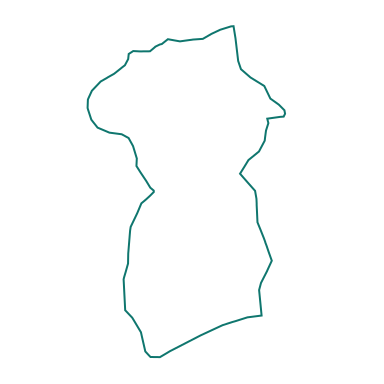 the district of Al Mansuriyah, Al Hudaydah, Yemen, rotated 266°
{"feature_id": "15242507B31078710685035", "entity_name": "Al Mansuriyah", "entity_type": "district", "adm_level": 2, "iso_a3": "YEM", "parent_name": "Yemen", "parent_adm1": "Al Hudaydah", "projection": "robinson", "projection_center": [43.383, 14.685], "detail": "fine", "context": "isolated", "style": "outline", "palette": "teal", "viewbox_px": 384, "rotation_deg": 266, "n_neighbors": 0, "source": "geoboundaries", "source_scale": "gbopen_adm2", "svg_char_len": 1848}
<svg xmlns="http://www.w3.org/2000/svg" viewBox="0 0 384 384"><g transform="rotate(266 192 192)"><path d="M63.9,252.8L75.2,252.5L89.5,252.1L96.5,254.5L108.1,261.5L108.4,261.6L117.5,266.6L117.9,266.8L127.2,264.2L133.3,262.6L136.6,261.6L137.0,261.6L140.8,260.5L149.6,257.7L157.2,255.2L169.8,255.5L174.7,255.6L175.9,255.7L179.7,255.8L180.1,255.8L181.0,255.8L188.8,255.0L188.9,254.9L197.5,248.3L202.9,244.2L206.9,241.2L212.7,245.4L213.1,245.7L220.0,250.6L220.1,250.8L227.7,261.6L228.0,261.8L238.1,268.1L240.1,268.5L240.3,268.5L248.1,270.1L255.4,273.0L258.1,272.5L259.9,272.2L260.8,285.1L260.8,288.7L263.6,290.3L267.1,289.9L273.1,284.7L279.7,276.7L292.7,271.5L302.2,258.3L311.1,249.4L319.5,247.2L342.3,246.1L354.5,245.0L354.5,242.5L351.9,231.5L348.4,222.5L344.0,213.5L344.0,203.5L343.9,202.6L343.7,199.2L343.5,196.2L343.1,190.5L344.5,184.9L346.1,178.6L341.7,172.2L341.4,170.2L339.5,165.5L339.3,165.4L335.3,159.9L335.9,149.8L336.7,143.2L334.1,138.5L329.0,137.6L328.4,137.2L323.1,133.9L321.2,131.0L320.2,129.6L319.3,128.3L315.4,122.6L312.2,115.9L311.9,115.4L311.6,114.8L308.6,108.6L300.0,99.2L293.6,95.7L291.5,94.6L283.1,93.7L281.2,94.1L271.2,96.6L268.8,98.2L262.8,102.3L259.4,109.0L257.0,113.7L256.9,114.1L254.5,125.9L250.4,132.3L250.3,132.5L244.7,135.1L241.9,136.4L229.2,139.3L228.7,139.2L221.8,138.4L215.3,141.9L206.2,147.1L199.2,150.7L196.1,153.9L194.7,153.9L191.2,149.9L188.0,145.9L184.2,140.7L174.7,135.9L161.5,128.4L158.0,127.6L154.8,127.1L140.3,124.9L135.1,124.1L125.0,123.2L124.8,123.1L122.3,122.2L116.7,120.2L111.6,118.3L109.7,117.7L78.7,117.1L70.8,123.6L67.9,125.1L57.4,130.4L55.6,131.3L50.9,132.0L36.2,134.3L32.2,137.5L30.3,139.1L29.6,147.5L29.5,148.5L32.2,153.9L33.2,155.9L34.7,158.8L43.2,178.6L48.4,190.7L54.3,206.1L57.0,213.2L59.5,223.3L60.1,226.2L63.1,238.6L63.2,240.6L63.9,252.8Z" fill="none" stroke="#0f766e" stroke-width="2"/></g></svg>